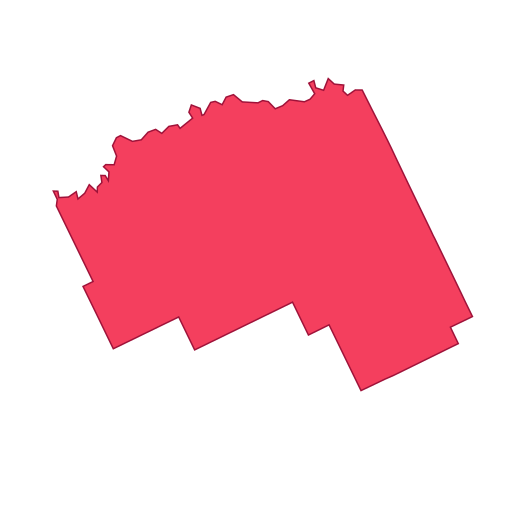 the district of Richland, Montana, United States of America, rotated 334°
{"feature_id": "52423323B43875780318183", "entity_name": "Richland", "entity_type": "district", "adm_level": 2, "iso_a3": "USA", "parent_name": "United States of America", "parent_adm1": "Montana", "projection": "mercator", "projection_center": [-104.546, 47.751], "detail": "fine", "context": "isolated", "style": "filled", "palette": "rose", "viewbox_px": 512, "rotation_deg": 334, "n_neighbors": 0, "source": "geoboundaries", "source_scale": "gbopen_adm2", "svg_char_len": 1342}
<svg xmlns="http://www.w3.org/2000/svg" viewBox="0 0 512 512"><g transform="rotate(334 256 256)"><path d="M98.5,123.5L98.4,207.5L87.2,207.5L87.2,240.2L87.1,276.8L159.8,276.9L159.7,313.5L268.6,313.5L268.5,350.0L291.5,349.9L291.4,423.0L317.7,423.2L327.6,423.6L399.4,423.4L399.5,405.2L424.0,405.3L424.0,405.2L424.0,388.0L424.1,379.3L424.2,352.4L424.3,318.9L424.2,315.1L424.3,309.8L424.5,258.5L424.5,258.4L424.7,234.8L424.7,233.9L424.7,232.7L424.9,218.6L424.9,209.9L424.8,197.8L424.4,173.1L424.4,171.0L424.3,163.8L424.2,154.8L424.2,153.4L418.0,150.3L408.7,151.7L406.5,145.9L409.8,140.8L401.7,135.8L398.7,128.2L389.4,136.7L383.4,131.0L384.9,123.7L379.2,123.8L379.9,135.9L373.3,138.8L367.1,138.6L354.5,130.2L345.9,132.6L337.8,132.1L334.7,122.6L330.1,119.2L324.9,119.2L311.2,111.5L306.5,101.1L298.8,100.1L291.9,105.2L287.1,99.1L282.6,98.1L271.3,106.1L269.1,105.9L270.5,98.8L264.1,91.9L258.7,97.4L259.5,104.3L243.7,108.0L243.0,103.7L234.5,101.3L225.1,104.5L221.3,98.2L213.3,97.4L203.8,101.3L195.2,98.8L187.0,88.4L182.4,88.5L175.4,94.0L174.5,105.1L168.5,111.8L161.0,108.0L158.1,108.9L160.7,116.0L156.3,123.6L155.7,117.6L151.9,115.6L149.7,122.4L143.7,124.5L141.3,129.0L137.4,118.8L129.6,124.5L121.0,126.7L122.6,119.4L113.3,120.8L104.5,117.1L106.3,110.9L102.3,108.8L102.2,118.0L98.5,123.5Z" fill="#f43f5e" stroke="#9f1239" stroke-width="1.5"/></g></svg>